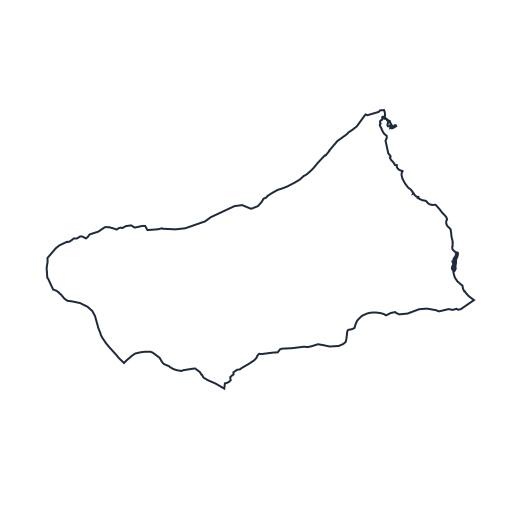 outline of Bajil, Al Hudaydah, Yemen, rotated 172°
{"feature_id": "15242507B92683143356250", "entity_name": "Bajil", "entity_type": "district", "adm_level": 2, "iso_a3": "YEM", "parent_name": "Yemen", "parent_adm1": "Al Hudaydah", "projection": "orthographic", "projection_center": [42.982, 15.041], "detail": "fine", "context": "isolated", "style": "outline", "palette": "slate", "viewbox_px": 512, "rotation_deg": 172, "n_neighbors": 0, "source": "geoboundaries", "source_scale": "gbopen_adm2", "svg_char_len": 5893}
<svg xmlns="http://www.w3.org/2000/svg" viewBox="0 0 512 512"><g transform="rotate(172 256 256)"><path d="M461.6,251.1L458.4,249.3L456.1,247.1L455.9,246.3L454.7,245.3L451.5,240.2L448.8,237.8L444.6,236.7L436.8,233.9L429.8,229.1L425.7,224.2L423.8,219.0L422.1,206.3L420.9,201.5L420.6,199.3L419.5,196.3L416.7,190.5L413.7,185.7L408.0,177.3L406.3,174.4L401.6,168.4L398.8,170.6L392.7,174.5L389.3,176.2L383.9,176.7L380.0,176.7L374.0,175.9L372.4,175.1L370.9,173.9L365.6,168.6L364.1,164.8L363.3,163.3L362.2,161.8L357.4,158.9L356.7,158.0L353.7,155.6L350.2,153.9L345.8,152.5L344.2,153.0L335.2,153.2L332.0,153.1L327.8,149.0L326.5,146.0L326.0,145.9L325.3,143.7L324.6,142.6L321.1,139.8L313.9,135.4L305.9,129.1L304.5,134.2L302.6,134.4L300.7,134.9L298.4,136.4L298.4,139.6L296.2,141.1L294.7,141.8L294.6,143.9L290.7,145.9L287.6,146.0L285.7,147.1L278.3,150.1L272.6,152.8L271.1,153.9L269.7,155.1L268.8,156.7L267.3,158.2L266.4,158.7L265.0,158.2L263.8,158.1L253.2,158.0L247.9,157.6L245.1,160.3L243.1,160.6L233.1,159.7L221.3,159.5L217.3,158.6L213.5,158.9L206.9,160.0L201.9,158.4L195.6,156.1L186.6,155.4L181.9,156.7L179.3,158.3L178.6,159.8L178.0,161.5L177.0,164.9L176.6,167.0L175.8,169.2L175.1,169.9L173.6,170.1L171.8,170.1L170.0,170.5L168.4,171.1L167.4,173.6L165.0,177.7L163.3,179.2L160.0,181.6L158.2,182.4L154.3,183.5L152.4,183.8L150.6,183.9L146.7,183.6L144.5,183.2L140.3,182.0L138.3,181.1L136.5,180.1L136.2,179.6L135.4,179.1L130.5,180.8L126.0,181.1L125.0,179.9L123.5,179.1L122.4,178.3L114.0,177.9L101.8,180.6L94.0,180.1L84.7,177.1L83.9,176.3L82.3,175.7L72.8,176.6L68.7,175.3L64.7,175.8L63.6,174.7L60.7,174.8L46.3,182.0L50.8,186.5L53.1,189.8L54.2,191.9L54.4,191.8L54.7,192.1L54.7,192.4L55.3,193.7L55.5,194.6L55.7,196.6L55.6,197.8L55.9,198.2L57.8,200.1L58.1,200.6L60.0,202.7L61.3,205.3L62.1,207.1L62.4,208.7L62.8,212.4L62.7,213.7L62.8,214.3L63.6,215.5L63.7,216.9L63.3,218.1L63.2,218.3L63.0,218.2L62.6,218.4L61.9,219.4L62.0,220.6L61.7,221.0L61.8,222.4L62.1,222.5L62.2,222.9L61.7,222.8L61.2,224.7L60.6,225.3L60.4,225.9L58.2,228.6L57.9,229.1L57.3,229.7L57.2,229.9L57.5,230.2L57.2,230.3L56.8,230.1L56.8,229.8L57.1,229.1L56.9,229.2L57.1,228.7L57.3,228.5L57.8,227.5L58.4,227.2L57.6,227.1L57.6,226.9L57.9,226.9L57.9,226.7L58.6,226.3L59.0,225.8L59.6,225.4L59.2,225.3L58.9,225.5L59.1,225.2L58.9,225.3L59.8,224.6L59.6,224.5L59.3,224.6L59.8,224.0L59.9,223.5L59.8,223.3L60.0,223.1L59.8,222.8L60.1,222.5L59.9,222.4L60.1,222.1L60.1,221.8L60.5,221.4L60.5,220.5L60.7,220.1L61.2,219.7L60.4,220.3L60.5,219.9L61.0,219.6L60.3,220.0L60.4,219.6L60.6,219.6L60.6,219.3L61.0,219.0L60.6,219.1L60.6,218.8L61.1,217.9L61.0,217.5L61.3,216.5L62.0,216.1L61.4,215.9L61.7,215.8L61.5,215.7L61.7,215.3L61.4,215.4L61.5,215.1L61.3,215.0L61.8,214.2L61.7,213.7L62.0,213.5L61.9,213.3L61.6,213.4L61.0,214.2L60.3,215.2L59.7,219.2L58.9,221.2L58.5,224.2L58.1,225.1L56.5,227.7L55.9,229.2L55.6,230.9L55.7,231.1L58.0,232.2L60.0,234.4L60.5,235.6L60.5,237.0L60.3,238.0L59.9,238.5L59.6,240.9L59.4,241.2L59.5,241.7L59.3,242.0L59.4,243.2L59.3,243.4L59.3,244.0L59.7,247.4L59.7,250.2L59.5,251.1L59.6,253.1L59.5,254.9L60.1,256.2L62.3,259.0L62.8,260.2L63.1,262.1L63.0,262.7L62.6,264.5L61.7,265.5L62.0,267.6L63.2,269.8L64.5,271.4L65.4,272.9L65.8,273.3L67.7,276.8L71.0,281.7L74.8,282.1L77.1,283.2L78.7,284.7L79.1,285.6L80.1,286.9L81.6,287.5L83.3,288.0L86.1,289.7L87.4,291.1L86.4,292.3L87.7,290.9L87.8,291.0L86.5,292.7L87.3,291.7L88.2,292.0L89.8,293.5L90.8,295.1L91.1,295.9L91.7,295.8L91.3,296.3L92.1,297.3L92.2,297.8L92.1,298.0L92.3,298.2L92.3,298.4L93.9,300.8L95.6,302.2L97.6,305.7L98.7,308.0L100.2,312.3L100.6,315.7L100.4,317.0L99.9,318.5L99.1,319.4L99.1,319.8L100.8,320.5L101.9,321.2L102.9,322.1L103.6,323.1L104.1,324.2L103.9,326.4L105.7,326.7L106.6,329.0L109.1,332.8L109.7,335.0L109.2,335.1L108.9,335.8L109.0,336.6L110.7,339.1L111.7,352.1L110.1,354.6L109.9,356.9L112.0,359.0L112.6,360.4L113.2,361.4L113.3,362.3L113.9,363.5L114.0,364.8L114.5,366.2L114.8,366.6L115.2,368.5L115.0,368.9L114.6,369.0L114.2,370.0L114.6,370.7L114.6,371.7L114.4,372.2L113.5,372.7L113.4,373.0L112.2,373.4L111.8,373.8L111.8,375.1L111.4,375.1L111.4,376.2L111.1,376.3L110.7,376.2L110.8,375.1L110.3,374.6L109.4,374.6L109.3,374.2L109.0,374.3L108.7,374.1L108.4,373.6L107.2,372.8L107.4,372.4L107.4,372.1L106.4,371.7L106.2,370.9L106.8,369.8L106.8,369.1L107.6,367.8L107.6,367.1L107.2,366.1L106.1,366.1L106.0,365.8L105.7,365.8L105.2,365.9L105.0,366.3L105.1,366.6L104.8,366.9L104.2,367.1L103.9,366.6L103.9,366.3L103.8,366.1L103.9,365.8L103.5,365.5L103.0,364.4L103.0,363.9L104.9,364.4L105.1,364.0L104.5,364.1L103.8,363.5L103.5,363.5L101.9,363.9L99.1,365.1L99.3,365.9L100.4,366.2L100.6,365.6L100.5,365.4L100.7,365.2L101.1,365.1L101.8,365.2L102.5,365.5L103.0,366.0L103.4,366.6L104.1,368.5L104.7,369.3L104.5,370.1L104.8,370.7L104.7,370.9L106.6,372.3L107.8,373.8L108.5,374.1L109.0,375.3L109.0,376.6L108.6,377.4L108.5,379.1L108.5,380.6L108.9,382.7L113.0,382.9L114.5,381.6L126.0,379.9L127.9,380.9L138.2,370.3L142.9,367.6L147.4,365.4L148.6,364.3L149.9,363.5L159.3,358.6L168.8,350.2L168.7,349.9L173.1,345.8L173.8,346.1L181.8,339.7L186.0,335.8L187.4,334.6L189.5,333.0L193.5,330.4L195.2,329.4L197.6,328.6L201.8,325.7L206.9,323.5L215.3,320.5L221.3,319.1L225.2,318.5L230.9,316.3L235.1,314.4L236.4,313.7L238.0,312.3L240.6,311.7L241.8,310.0L243.8,307.9L247.2,305.1L253.9,303.5L254.6,303.6L262.6,308.3L270.3,308.4L295.4,300.7L301.5,297.4L322.2,293.3L332.0,293.6L344.8,296.0L345.3,296.5L349.6,296.1L359.9,296.8L361.6,301.2L364.4,301.6L372.1,301.0L375.4,303.7L380.8,303.7L384.3,302.3L386.1,302.9L388.0,302.7L390.2,301.6L394.7,303.8L395.5,304.0L396.9,304.8L401.3,305.6L402.2,305.3L408.7,302.1L417.8,300.5L419.9,298.3L422.0,297.1L424.6,299.0L426.3,299.8L427.8,299.7L430.7,298.3L434.0,298.7L437.4,296.8L438.9,296.2L440.5,296.0L441.1,296.4L449.2,293.9L453.2,291.5L462.8,283.0L463.0,280.6L463.3,278.8L464.5,275.1L465.1,272.5L465.2,270.3L465.7,263.6L465.0,262.4L461.6,251.1Z" fill="none" stroke="#1e293b" stroke-width="2"/></g></svg>